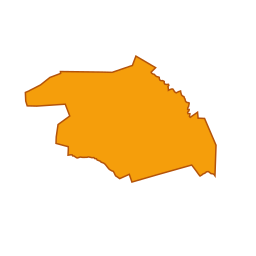 Elesbão Veloso, Piauí, Brazil, rotated 322°
{"feature_id": "56859067B9970821257973", "entity_name": "Elesbão Veloso", "entity_type": "district", "adm_level": 2, "iso_a3": "BRA", "parent_name": "Brazil", "parent_adm1": "Piauí", "projection": "mercator", "projection_center": [-42.169, -6.199], "detail": "fine", "context": "isolated", "style": "filled", "palette": "amber", "viewbox_px": 256, "rotation_deg": 322, "n_neighbors": 0, "source": "geoboundaries", "source_scale": "gbopen_adm2", "svg_char_len": 1866}
<svg xmlns="http://www.w3.org/2000/svg" viewBox="0 0 256 256"><g transform="rotate(322 128 128)"><path d="M178.5,76.2L170.0,81.4L149.8,74.4L141.4,67.5L109.5,41.9L108.5,43.5L97.6,40.1L85.6,40.2L78.2,38.8L74.2,38.0L72.8,37.8L69.0,36.8L64.0,43.8L62.2,48.5L69.5,54.5L83.2,63.8L93.2,70.6L89.5,82.7L75.0,82.2L66.0,90.8L61.8,95.8L65.9,101.3L69.4,105.9L68.3,107.5L64.0,112.5L66.6,114.0L67.5,114.9L67.2,115.9L68.1,116.7L68.7,118.4L69.2,119.9L69.9,120.6L71.5,121.1L72.8,121.7L73.6,122.7L74.5,123.5L77.7,125.9L78.9,126.3L79.6,127.1L80.3,127.9L81.3,129.2L82.9,130.3L83.0,131.7L84.2,132.8L84.0,134.2L85.1,136.0L85.7,137.1L85.8,138.4L87.2,140.6L87.6,142.0L87.7,143.3L87.7,145.9L87.7,147.4L87.8,149.1L88.8,151.7L89.7,153.0L89.6,154.4L89.1,156.4L88.8,158.1L89.4,159.8L90.3,162.8L100.5,165.3L97.8,173.0L122.7,183.0L155.4,196.4L155.4,199.1L155.3,203.9L155.1,208.3L155.2,210.2L157.7,210.5L158.8,210.4L160.2,210.8L161.5,211.0L162.8,210.8L164.5,211.8L164.9,213.2L165.3,215.0L166.7,216.4L167.2,217.5L167.1,219.2L185.3,197.5L186.8,195.7L187.2,194.1L194.2,167.6L189.3,163.4L192.5,158.4L183.6,157.9L183.5,156.7L184.7,155.8L185.6,154.8L184.1,153.6L184.5,152.5L185.5,152.0L186.6,152.0L187.6,151.1L186.4,150.1L187.6,148.8L188.9,148.4L189.8,147.6L190.7,146.9L191.6,146.0L191.0,144.9L190.1,144.1L189.8,142.5L190.2,141.5L190.8,140.1L190.9,139.0L191.4,137.7L190.7,136.4L190.5,135.2L190.9,133.9L191.5,132.5L192.2,131.2L190.6,130.6L188.8,130.2L187.6,130.0L187.2,128.9L187.0,127.9L187.2,126.7L187.3,124.9L186.5,124.2L185.5,123.8L184.2,123.4L183.0,123.2L183.8,122.1L184.5,121.0L184.9,120.0L186.4,119.6L186.8,118.5L185.9,117.9L184.9,117.2L184.1,116.2L184.2,114.9L185.2,113.6L184.5,112.0L183.2,111.1L182.6,110.0L183.0,108.5L183.8,107.3L183.2,106.3L182.2,105.0L181.8,103.5L181.8,102.0L180.9,100.8L180.4,99.4L180.6,98.2L186.9,97.5L178.5,76.2Z" fill="#f59e0b" stroke="#b45309" stroke-width="1.5"/></g></svg>